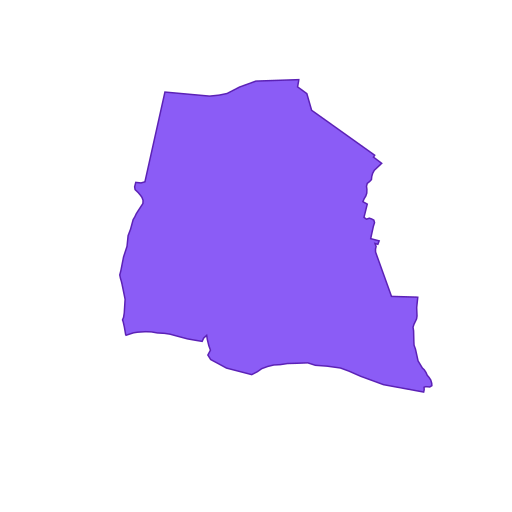 Batu Pahat, Johor, Malaysia (Mercator projection), rotated 340°
{"feature_id": "92858781B37388362285714", "entity_name": "Batu Pahat", "entity_type": "district", "adm_level": 2, "iso_a3": "MYS", "parent_name": "Malaysia", "parent_adm1": "Johor", "projection": "mercator", "projection_center": [103.04, 1.914], "detail": "fine", "context": "isolated", "style": "filled", "palette": "violet", "viewbox_px": 512, "rotation_deg": 340, "n_neighbors": 0, "source": "geoboundaries", "source_scale": "gbopen_adm2", "svg_char_len": 1832}
<svg xmlns="http://www.w3.org/2000/svg" viewBox="0 0 512 512"><g transform="rotate(340 256 256)"><path d="M226.5,70.8L177.0,148.3L172.9,148.0L168.2,145.7L165.6,149.5L165.1,152.3L167.0,156.1L168.2,159.4L168.9,162.0L168.9,165.1L167.7,168.0L164.6,170.3L161.1,172.9L158.0,175.3L155.6,177.7L153.0,179.8L147.3,187.9L142.8,193.1L138.1,202.8L131.2,211.6L124.1,223.4L121.5,227.2L121.0,230.6L120.8,233.9L120.5,236.5L118.2,251.9L112.7,264.5L110.6,268.3L108.7,270.4L108.7,272.3L108.0,277.7L106.5,286.0L106.2,286.0L114.7,286.3L118.7,287.1L126.2,289.3L131.7,291.5L136.9,294.5L143.6,297.4L148.4,300.0L153.2,303.4L163.2,310.4L171.0,314.9L176.2,317.8L178.8,315.2L182.5,313.7L181.7,317.8L181.0,324.1L181.0,328.9L176.9,332.6L178.0,337.8L184.0,344.5L189.9,351.2L211.4,366.0L217.7,365.2L222.9,363.8L229.2,363.8L235.5,364.5L241.7,366.4L248.8,367.8L256.6,370.4L268.1,374.1L274.4,379.0L285.1,383.8L297.0,390.1L304.0,396.0L313.3,404.9L331.8,420.5L367.0,441.2L368.3,439.2L369.0,436.8L370.7,436.8L372.6,437.6L374.5,438.5L376.9,438.0L377.6,435.7L377.8,432.3L377.1,429.3L376.1,426.6L375.9,423.6L375.2,420.5L374.0,418.1L372.4,410.0L374.0,398.0L374.0,393.9L375.0,390.6L378.5,380.2L379.2,376.6L381.1,374.2L385.4,370.0L386.8,367.4L388.0,363.6L389.4,359.3L393.9,350.1L392.9,349.6L369.5,340.3L369.7,293.2L370.7,290.3L372.1,288.2L372.1,284.9L374.5,286.7L376.9,283.9L369.7,278.9L376.4,268.3L378.8,265.2L379.0,262.6L377.3,260.7L375.4,259.2L372.4,259.2L370.7,256.6L378.3,245.3L375.0,241.5L377.3,239.1L379.7,237.2L381.6,234.8L383.0,231.3L383.7,228.2L385.4,225.8L388.2,224.9L390.6,223.7L392.0,220.8L393.9,218.2L396.5,215.9L398.4,215.1L405.8,211.9L400.2,203.3L402.0,201.9L358.1,138.1L359.3,120.8L352.9,111.3L354.3,108.9L355.8,106.3L356.5,104.9L315.7,91.6L298.3,91.6L284.4,93.4L276.3,92.2L267.1,89.9L226.5,70.8Z" fill="#8b5cf6" stroke="#5b21b6" stroke-width="1.5"/></g></svg>